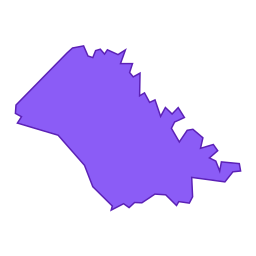 outline of Bath, Kentucky, United States of America
{"feature_id": "52423323B79890257975212", "entity_name": "Bath", "entity_type": "district", "adm_level": 2, "iso_a3": "USA", "parent_name": "United States of America", "parent_adm1": "Kentucky", "projection": "natural_earth1", "projection_center": [-83.678, 38.15], "detail": "fine", "context": "isolated", "style": "filled", "palette": "violet", "viewbox_px": 256, "rotation_deg": 0, "n_neighbors": 0, "source": "geoboundaries", "source_scale": "gbopen_adm2", "svg_char_len": 856}
<svg xmlns="http://www.w3.org/2000/svg" viewBox="0 0 256 256"><path d="M224.9,181.9L232.9,171.8L240.6,171.0L239.3,163.6L221.4,161.9L219.7,171.1L215.8,161.1L209.4,157.9L217.7,150.7L213.3,144.5L200.5,148.3L202.9,137.8L192.9,129.3L187.2,130.3L179.3,142.0L171.4,128.3L174.6,122.0L184.4,117.5L178.2,107.6L172.1,114.0L165.4,107.5L160.6,116.4L155.0,99.9L149.6,102.4L144.5,92.9L139.6,95.8L140.0,73.1L133.2,76.9L129.6,72.5L132.5,63.6L120.5,63.6L125.4,49.9L118.0,54.6L107.4,49.8L104.5,54.1L100.3,49.2L95.6,50.6L92.8,57.6L88.0,56.0L83.6,45.9L72.5,48.0L67.0,53.0L16.0,105.0L15.4,113.4L21.5,116.7L17.4,123.1L58.1,135.2L84.5,165.3L92.8,186.7L112.3,206.0L111.2,210.1L123.6,203.7L129.1,207.6L134.6,202.5L141.9,202.8L154.9,194.1L165.7,194.8L176.5,205.5L178.8,201.6L189.3,203.1L192.6,196.8L191.7,177.4L224.9,181.9Z" fill="#8b5cf6" stroke="#5b21b6" stroke-width="1.5"/></svg>